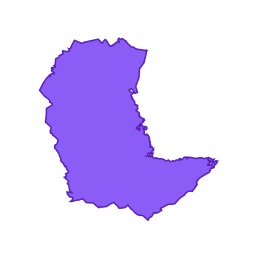 Halden nor, Østfold, Norway (Equal Earth projection), rotated 194°
{"feature_id": "86288312B70342807980905", "entity_name": "Halden nor", "entity_type": "district", "adm_level": 2, "iso_a3": "NOR", "parent_name": "Norway", "parent_adm1": "Østfold", "projection": "equal_earth", "projection_center": [11.486, 59.068], "detail": "fine", "context": "isolated", "style": "filled", "palette": "violet", "viewbox_px": 256, "rotation_deg": 194, "n_neighbors": 0, "source": "geoboundaries", "source_scale": "gbopen_adm2", "svg_char_len": 5846}
<svg xmlns="http://www.w3.org/2000/svg" viewBox="0 0 256 256"><g transform="rotate(194 128 128)"><path d="M166.1,42.8L165.0,43.0L160.9,45.3L157.9,46.4L156.5,47.5L154.4,48.2L150.4,45.5L143.3,46.9L140.1,44.9L137.3,43.8L137.0,44.1L136.5,43.9L135.9,44.7L134.6,44.8L130.1,46.5L127.9,48.6L126.9,50.0L126.0,50.5L124.1,52.3L119.7,50.0L117.3,48.1L116.6,48.1L111.6,50.1L109.4,53.1L109.1,52.5L107.4,51.7L105.7,50.1L103.8,49.6L100.8,47.5L98.2,46.3L95.5,46.0L93.3,46.7L91.5,46.2L86.3,43.4L85.3,46.6L84.0,47.4L83.5,48.2L82.2,52.3L81.8,52.5L80.7,51.9L78.1,53.4L75.4,56.4L77.1,57.8L70.5,63.6L67.7,64.4L64.4,65.8L60.4,73.0L57.3,76.2L55.8,79.6L53.2,81.7L50.2,82.1L50.3,82.5L48.3,86.6L48.4,87.7L47.4,88.9L47.4,90.2L48.2,90.4L48.2,91.8L47.9,92.2L48.5,93.0L47.1,95.1L46.8,96.3L44.1,99.3L42.9,100.2L42.5,101.0L41.9,101.3L41.3,102.3L40.1,103.0L38.2,105.0L38.1,105.5L38.5,106.4L37.4,107.4L38.2,107.2L38.0,108.8L37.7,109.1L37.0,109.1L36.7,109.3L36.9,109.8L36.3,110.1L35.2,110.1L35.0,110.7L35.5,111.0L35.2,111.0L34.6,114.0L34.3,114.0L34.6,114.5L33.4,115.3L33.1,117.5L33.5,117.3L34.6,117.6L36.1,116.3L37.1,115.1L37.4,113.8L37.8,113.8L38.3,112.0L39.8,111.5L40.4,111.6L40.3,112.1L41.1,111.2L41.9,111.3L41.9,111.9L40.6,112.8L40.2,114.4L41.1,115.3L41.8,115.4L42.6,116.6L42.2,116.7L41.2,115.8L40.3,116.0L39.2,115.1L38.4,115.8L37.9,115.9L37.6,116.5L37.8,116.8L37.5,116.9L36.9,118.5L38.5,117.9L42.6,118.9L43.4,118.1L42.7,117.3L42.9,117.2L43.4,117.2L44.6,118.1L46.1,116.8L49.6,116.9L52.1,116.2L54.9,114.8L59.6,114.7L62.9,114.1L62.4,113.7L62.9,113.1L62.8,112.8L63.5,112.8L64.6,113.6L66.3,113.4L67.9,110.7L68.5,110.6L68.5,110.2L70.2,109.4L69.5,110.0L69.8,110.3L69.2,110.7L70.0,110.8L70.2,110.4L70.3,110.8L70.8,110.5L70.7,109.9L70.4,109.8L71.3,109.7L71.7,109.0L73.5,108.6L74.6,107.1L75.4,106.8L76.4,107.2L78.2,105.8L79.1,105.7L80.9,106.7L83.2,105.2L85.6,106.2L87.6,106.0L88.0,106.3L90.4,105.6L93.6,105.9L95.5,104.7L96.0,105.0L96.2,105.6L97.7,106.1L99.7,105.3L100.3,105.5L98.2,106.6L97.7,107.2L97.8,108.1L98.2,108.4L97.5,109.7L98.4,109.8L100.0,108.7L100.6,107.7L100.6,106.1L99.8,105.7L100.4,105.5L100.6,106.0L103.1,105.4L102.3,106.2L102.5,107.7L102.1,109.2L102.0,108.5L100.6,108.5L98.6,111.9L97.8,112.2L98.2,113.1L98.0,113.5L98.1,114.1L98.4,113.8L99.0,114.3L99.9,115.1L100.0,115.5L100.8,115.7L101.0,115.1L102.4,115.0L102.0,117.5L103.0,118.2L102.9,119.6L103.3,120.3L104.0,120.5L104.2,121.7L104.9,122.2L104.6,122.6L104.9,123.7L106.2,125.4L107.4,126.2L108.1,126.1L107.9,126.4L108.2,126.7L108.5,126.5L108.6,125.7L109.9,125.5L110.7,125.9L110.9,126.8L111.5,126.9L111.0,127.9L111.8,129.3L111.8,129.6L112.6,130.2L112.7,130.7L112.3,130.9L112.7,131.0L112.0,131.4L111.5,130.8L110.9,130.6L109.8,130.9L109.5,132.4L110.1,133.4L111.8,133.7L112.4,133.2L112.3,132.7L114.2,132.7L114.7,133.7L114.5,134.1L115.5,134.5L116.4,133.8L117.1,132.0L117.1,130.8L116.2,130.0L115.8,129.0L116.4,128.5L116.6,129.2L117.0,129.5L118.2,128.9L118.4,129.1L118.1,129.8L118.4,130.1L119.2,129.6L120.0,129.9L117.9,133.1L117.5,133.9L117.6,134.7L116.7,135.3L114.7,137.3L115.1,137.3L115.3,137.8L114.7,138.6L115.1,138.8L114.1,139.5L115.1,140.0L114.6,140.5L118.4,141.3L118.5,141.8L119.5,141.6L119.5,142.3L120.2,142.9L120.1,143.6L120.4,143.7L120.4,144.4L120.9,145.4L121.7,145.4L122.3,146.3L124.5,147.0L124.5,147.5L123.8,147.9L123.2,149.1L123.9,150.2L123.8,150.8L124.2,151.5L124.0,151.9L124.7,152.5L126.4,152.3L127.3,152.9L127.2,153.1L127.7,154.7L129.1,156.2L130.0,156.4L130.6,157.3L130.8,157.3L130.6,157.4L131.1,157.7L130.9,157.8L131.2,158.8L132.0,159.0L133.1,160.5L132.0,162.2L132.1,162.9L132.8,163.4L134.8,163.8L135.4,164.2L135.5,164.7L135.1,164.8L135.7,164.8L135.5,165.1L135.9,165.3L136.0,165.7L134.2,166.8L133.6,166.4L133.0,166.5L131.9,165.6L132.0,165.2L131.5,164.9L131.3,164.2L130.3,163.8L130.6,163.5L130.3,163.1L127.4,164.7L130.6,170.3L129.6,179.4L131.1,188.0L128.3,195.4L128.4,205.1L128.7,205.9L128.6,206.9L128.1,207.7L128.8,208.0L130.0,207.5L138.2,206.7L140.6,207.0L141.5,207.7L144.7,207.6L149.8,210.5L149.9,211.0L150.8,211.2L150.8,211.7L151.2,212.0L153.5,212.6L154.4,213.2L155.5,213.1L156.9,212.2L158.5,212.9L159.1,211.7L159.0,210.6L157.4,209.6L157.2,209.1L158.1,209.3L159.4,208.8L159.7,208.1L160.4,208.1L160.5,207.5L161.8,206.0L161.5,205.5L162.3,204.8L162.8,204.9L162.9,204.3L163.4,204.2L163.7,203.6L164.4,203.7L164.5,203.3L165.4,203.4L167.2,204.5L168.5,206.2L170.7,208.0L171.6,208.3L172.6,206.7L173.2,204.3L173.6,204.0L174.9,204.8L175.4,205.5L176.2,205.3L178.3,207.0L191.6,200.4L193.1,199.0L201.2,200.1L203.0,192.9L203.0,191.2L203.8,190.5L204.8,190.6L203.5,189.1L203.5,188.7L206.0,187.3L210.0,187.2L210.1,186.5L209.2,185.1L209.1,184.1L210.0,183.6L210.3,182.8L212.2,181.8L212.2,179.9L214.9,177.5L214.0,171.7L215.0,170.6L213.5,170.3L213.2,169.7L214.9,168.4L215.5,168.6L216.6,168.2L216.2,167.6L216.3,167.1L215.6,166.7L216.0,166.6L215.5,166.3L215.9,166.1L216.0,164.9L215.1,164.6L214.9,164.2L213.2,163.9L213.0,163.7L213.4,163.6L213.0,162.7L215.0,162.2L215.9,161.4L216.5,160.7L216.1,160.1L217.0,159.9L216.2,159.3L216.3,159.0L218.4,158.0L221.0,151.4L222.9,143.2L216.5,138.5L211.9,136.7L210.3,135.3L210.3,134.1L207.9,133.5L207.2,132.9L207.3,132.0L208.0,131.0L211.7,127.4L211.8,127.0L210.4,120.9L209.5,113.7L203.1,110.5L202.3,107.3L202.8,107.0L202.7,106.1L202.4,105.8L202.1,104.4L201.0,104.6L200.8,104.0L199.9,104.0L199.1,102.6L197.3,102.2L193.4,99.8L192.9,98.9L193.0,95.8L193.3,95.1L194.6,93.8L194.2,93.2L194.6,93.2L194.8,92.4L194.3,90.7L192.8,89.9L189.0,86.5L185.5,81.4L185.6,81.0L184.9,79.5L181.9,77.8L181.3,76.7L180.3,75.9L179.7,76.2L179.3,75.9L179.8,75.4L179.1,75.0L178.3,75.1L178.2,74.4L177.1,72.8L175.4,71.7L175.2,71.1L175.5,70.2L177.5,68.4L176.5,67.3L176.2,66.2L176.5,66.0L176.3,65.7L177.9,64.8L173.4,62.3L172.7,61.3L173.4,59.4L172.2,58.6L171.3,57.5L169.6,53.2L167.0,51.6L171.7,51.2L170.9,49.3L168.6,47.5L167.5,47.0L165.5,47.4L164.4,46.5L165.0,44.2L166.1,42.8Z" fill="#8b5cf6" stroke="#5b21b6" stroke-width="1.5"/></g></svg>